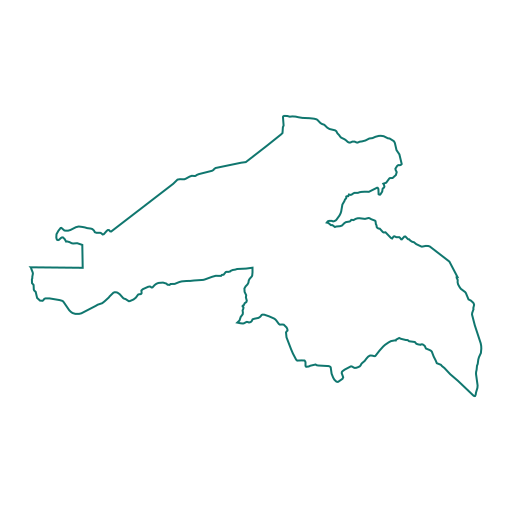 Inongo, Bandundu, Democratic Republic of the Congo (Albers equal-area conic projection)
{"feature_id": "63176286B68796769615290", "entity_name": "Inongo", "entity_type": "district", "adm_level": 2, "iso_a3": "COD", "parent_name": "Democratic Republic of the Congo", "parent_adm1": "Bandundu", "projection": "albers", "projection_center": [18.143, -1.932], "detail": "fine", "context": "isolated", "style": "outline", "palette": "teal", "viewbox_px": 512, "rotation_deg": 0, "n_neighbors": 0, "source": "geoboundaries", "source_scale": "gbopen_adm2", "svg_char_len": 6059}
<svg xmlns="http://www.w3.org/2000/svg" viewBox="0 0 512 512"><path d="M177.5,179.6L173.2,183.8L111.2,231.5L110.2,231.4L109.0,230.1L107.9,230.0L106.8,230.8L103.8,234.2L102.7,234.5L101.2,233.2L100.2,232.8L96.5,232.8L94.8,232.2L94.0,230.6L92.4,229.1L90.9,228.6L87.1,228.1L84.8,227.4L82.0,226.9L78.7,226.5L75.9,227.2L70.4,230.0L68.0,230.7L66.0,230.7L64.4,230.5L61.4,227.9L60.6,228.0L58.4,230.8L56.5,234.2L56.3,237.4L56.6,238.9L57.2,239.9L58.1,240.1L59.0,239.8L60.8,238.1L62.0,237.4L62.9,237.4L64.6,239.0L66.1,241.6L67.0,241.4L69.5,242.1L71.6,243.2L73.1,243.5L77.2,243.2L82.3,244.9L82.7,267.8L30.7,267.3L31.2,267.9L31.2,268.6L32.7,272.4L32.9,273.7L32.3,276.7L32.3,278.2L31.9,279.3L32.0,283.1L33.6,285.0L33.8,289.6L34.2,290.5L35.7,291.9L37.1,297.9L40.0,300.6L41.4,300.7L42.5,300.8L43.1,300.4L44.4,298.8L45.5,298.4L49.5,298.4L59.7,300.1L62.1,300.8L63.0,301.3L63.8,302.3L69.2,310.2L70.8,311.8L72.5,313.0L75.4,313.9L79.0,313.9L81.4,313.3L95.7,305.9L97.7,304.7L102.2,303.2L104.5,301.4L108.8,297.5L109.6,296.4L113.4,292.7L114.8,292.2L116.8,292.4L117.7,292.8L119.7,294.2L123.1,298.0L124.0,298.6L125.6,299.1L128.8,301.2L129.8,301.1L133.5,299.5L135.8,297.7L138.1,294.6L138.9,294.3L140.8,294.1L141.3,293.7L141.6,293.1L141.4,290.5L142.8,289.2L148.1,286.8L149.7,286.5L150.3,286.6L151.5,287.5L152.5,287.4L154.6,285.1L155.9,284.1L157.4,283.3L158.8,282.9L163.0,282.6L166.4,283.6L167.5,284.7L169.6,284.9L170.5,284.0L174.7,283.9L179.4,282.0L181.7,281.4L186.3,281.0L190.5,280.9L193.9,280.5L203.2,279.9L204.7,279.5L212.1,276.8L215.7,275.8L221.0,275.9L221.9,274.9L223.6,274.7L225.7,272.1L226.7,271.8L228.4,271.9L230.3,271.4L230.6,270.9L232.7,270.0L235.3,269.6L237.1,269.0L246.0,268.6L252.5,267.7L252.5,272.4L252.2,275.5L251.8,276.4L249.6,278.9L248.8,280.4L248.4,282.7L247.5,284.4L245.6,286.4L244.4,288.5L244.6,291.9L246.2,295.2L245.9,297.4L246.8,300.7L246.3,302.1L244.7,303.2L243.8,305.1L242.7,305.7L242.6,306.5L243.4,307.2L243.5,307.8L243.1,309.3L242.6,310.3L242.9,312.7L242.7,314.3L240.7,316.9L239.5,320.5L237.3,322.6L240.1,323.2L242.5,323.5L243.7,323.4L246.6,321.9L247.8,322.0L248.5,322.4L249.7,322.4L251.0,321.8L251.7,321.1L252.6,319.3L254.5,318.7L258.5,317.9L260.3,316.7L261.7,314.9L262.7,314.6L264.3,314.7L269.0,316.3L274.0,318.5L275.3,319.4L276.3,320.5L278.8,323.9L279.8,324.6L282.5,324.5L283.8,324.7L286.6,327.5L287.4,329.3L287.5,330.6L286.7,331.3L286.0,332.4L286.5,337.3L291.1,349.3L292.9,353.5L296.1,359.6L297.2,360.6L301.4,360.4L304.5,360.5L305.2,361.4L305.5,362.3L305.5,365.9L306.2,366.8L308.7,366.5L310.4,365.7L315.6,364.5L316.6,365.2L318.2,365.5L328.8,366.1L330.3,366.8L330.7,367.4L331.6,373.7L333.1,377.5L334.3,379.6L336.1,381.4L337.2,381.9L338.2,381.8L342.5,378.8L343.2,377.3L341.7,373.1L341.9,372.0L342.5,371.2L344.7,369.6L350.8,366.4L351.7,366.4L354.4,367.9L355.9,367.9L358.0,367.2L359.7,366.4L360.6,365.4L361.3,364.0L362.1,363.1L364.7,360.9L366.4,358.6L368.1,356.7L369.5,355.8L370.2,355.5L372.1,355.6L374.1,356.1L375.0,356.1L375.4,355.9L379.6,350.5L383.3,346.4L385.1,344.8L388.6,342.4L391.0,341.1L394.7,340.4L395.8,340.5L396.2,339.6L399.2,338.0L400.9,338.8L405.8,340.0L407.7,340.1L409.0,341.2L409.5,341.3L414.8,342.0L416.4,343.8L418.2,344.4L420.6,344.8L421.2,344.3L422.2,344.3L423.2,344.7L424.8,346.0L425.9,348.5L429.8,350.1L431.0,350.8L431.8,351.6L433.7,356.6L435.7,360.5L436.8,363.2L440.9,364.8L442.0,366.1L444.4,368.0L450.2,374.2L457.9,380.8L472.7,394.9L473.7,395.8L474.6,396.1L475.1,396.0L475.7,394.6L476.0,392.6L477.4,387.9L477.6,385.5L476.0,373.9L476.1,372.0L476.6,369.8L477.0,365.7L477.7,364.0L478.3,359.5L479.0,357.1L480.9,353.0L481.3,348.7L481.2,346.0L480.7,343.3L474.8,325.3L472.0,314.5L472.2,312.9L473.5,309.2L473.3,308.1L474.1,304.9L473.7,303.5L473.2,302.7L470.9,300.6L468.5,299.4L465.9,293.1L465.2,292.1L460.8,288.8L459.6,287.1L458.1,284.4L457.6,282.3L457.7,280.0L456.6,277.7L456.7,276.3L457.2,276.5L449.4,261.6L429.8,246.5L428.3,246.0L425.8,245.9L422.3,246.6L421.5,246.6L416.2,244.1L413.9,242.2L412.2,241.8L410.3,240.6L409.1,239.3L408.3,239.3L407.7,238.9L405.4,236.5L404.3,236.6L401.8,239.4L401.1,239.3L400.0,237.8L399.3,237.2L396.3,237.2L394.5,236.3L393.6,236.5L392.1,238.5L390.9,237.9L385.5,232.3L383.8,232.5L382.9,232.1L379.8,228.7L378.4,228.5L377.4,227.9L376.7,227.0L376.5,225.3L375.9,224.2L375.5,221.2L374.9,220.6L371.2,219.2L369.5,218.2L368.5,218.0L365.0,218.9L359.3,218.2L357.5,218.3L355.6,218.9L353.5,220.1L352.2,219.9L351.3,219.9L350.3,221.1L349.7,221.5L346.0,222.1L344.5,223.0L341.9,225.6L340.0,226.2L336.3,226.5L334.9,227.0L332.4,225.1L330.9,225.1L328.4,223.0L326.8,222.6L327.8,221.3L329.1,220.9L331.8,220.9L333.1,221.4L333.8,221.3L335.6,220.5L336.3,219.9L339.5,215.5L340.6,213.3L341.2,211.4L342.4,204.5L344.4,201.1L345.0,199.5L346.1,198.4L346.3,197.4L346.2,196.7L346.4,196.4L347.5,196.1L348.3,196.1L348.9,194.5L350.7,194.9L351.8,194.5L352.7,193.8L354.3,192.9L357.8,192.9L359.7,192.2L361.6,191.9L365.0,191.7L368.9,191.8L377.1,187.7L377.7,187.8L378.4,189.0L378.6,194.2L379.2,194.6L380.0,194.7L380.6,194.1L382.2,191.6L382.6,188.9L383.0,188.3L384.0,187.6L384.4,186.6L384.0,184.9L383.3,183.7L386.2,182.7L389.3,178.5L389.9,178.1L392.6,178.0L395.9,175.0L396.7,172.1L395.6,169.9L395.4,168.7L397.1,166.0L398.3,165.1L399.7,165.2L400.7,165.0L401.7,164.0L399.4,154.4L396.5,150.1L394.9,143.1L394.1,141.5L393.6,141.0L389.6,138.5L387.9,138.3L383.7,136.2L380.8,135.8L378.8,135.9L375.4,136.8L372.5,138.1L369.3,138.5L365.4,140.5L362.0,141.4L359.7,141.7L357.6,142.6L356.6,142.5L354.6,141.6L352.4,141.6L350.4,142.5L349.2,142.6L347.7,141.9L346.1,140.4L344.6,139.3L341.1,137.6L339.9,136.3L339.3,135.3L337.4,133.3L336.3,131.2L335.0,130.3L329.5,129.0L327.3,127.7L324.3,124.8L321.8,123.9L320.4,123.0L317.3,119.8L316.4,119.3L314.1,118.7L309.6,118.2L302.4,117.9L298.7,117.3L295.6,116.6L292.3,116.4L289.8,116.7L287.3,116.0L284.1,115.9L283.1,116.5L283.0,117.5L283.6,125.5L282.9,127.2L282.5,133.0L281.2,134.3L267.2,145.5L245.8,162.1L241.2,162.7L215.6,168.0L214.2,169.0L213.4,170.0L212.0,170.8L198.9,174.1L196.9,174.9L195.5,175.9L194.7,176.0L191.8,175.8L189.6,176.6L185.6,178.8L184.2,179.3L179.9,179.2L177.5,179.6Z" fill="none" stroke="#0f766e" stroke-width="2"/></svg>